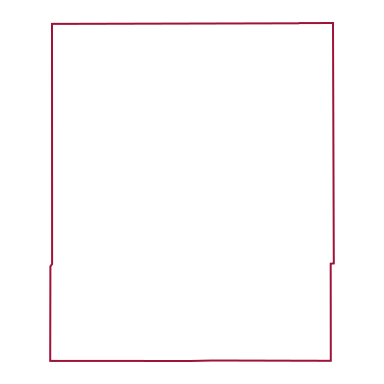 outline of Bent, Colorado, United States of America
{"feature_id": "52423323B38382285790282", "entity_name": "Bent", "entity_type": "district", "adm_level": 2, "iso_a3": "USA", "parent_name": "United States of America", "parent_adm1": "Colorado", "projection": "mercator", "projection_center": [-103.006, 37.955], "detail": "fine", "context": "isolated", "style": "outline", "palette": "rose", "viewbox_px": 384, "rotation_deg": 0, "n_neighbors": 0, "source": "geoboundaries", "source_scale": "gbopen_adm2", "svg_char_len": 274}
<svg xmlns="http://www.w3.org/2000/svg" viewBox="0 0 384 384"><path d="M333.0,23.0L299.1,23.1L298.6,23.3L52.0,23.9L52.1,264.0L50.4,266.4L50.2,360.9L190.5,361.0L212.7,360.5L330.8,360.8L330.7,263.7L333.8,263.4L333.0,23.0Z" fill="none" stroke="#9f1239" stroke-width="2"/></svg>